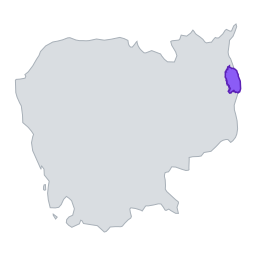 Ou Ya Dav, Rôtânôkiri, Cambodia (highlighted)
{"feature_id": "14789045B92198168751109", "entity_name": "Ou Ya Dav", "entity_type": "district", "adm_level": 2, "iso_a3": "KHM", "parent_name": "Cambodia", "parent_adm1": "Rôtânôkiri", "projection": "robinson", "projection_center": [107.357, 13.558], "detail": "fine", "context": "in_parent", "style": "filled", "palette": "violet", "viewbox_px": 256, "rotation_deg": 0, "n_neighbors": 0, "source": "geoboundaries", "source_scale": "gbopen_adm2", "svg_char_len": 5435}
<svg xmlns="http://www.w3.org/2000/svg" viewBox="0 0 256 256"><path d="M236.0,24.0L236.7,26.6L234.9,31.7L233.0,36.3L229.5,40.3L229.3,43.2L228.1,52.0L228.5,54.8L229.4,57.2L230.5,58.5L233.6,67.1L236.4,74.9L239.2,81.3L239.7,85.4L237.2,95.7L234.2,105.1L234.4,109.8L235.7,114.5L237.1,120.8L237.6,128.9L236.8,134.1L235.5,137.4L232.9,140.7L230.7,142.4L228.0,139.6L225.9,139.5L223.0,140.3L220.7,141.6L216.1,146.5L211.0,151.3L204.0,152.5L201.2,156.0L198.3,156.5L192.7,156.7L189.1,157.5L189.2,159.3L188.9,167.7L189.0,169.7L188.4,170.2L185.9,170.5L181.6,169.2L175.8,167.1L171.7,166.8L169.6,170.4L168.3,171.9L166.8,172.1L165.1,172.7L164.6,174.4L164.4,176.4L165.2,179.9L165.5,185.5L165.3,189.2L166.8,191.6L175.6,199.7L178.2,201.7L178.5,202.9L177.0,207.3L178.4,213.4L175.6,213.3L171.0,210.7L168.8,209.1L166.1,210.4L165.1,210.1L163.3,207.1L161.0,204.0L158.5,203.8L153.4,205.0L148.1,205.9L146.1,205.8L145.3,206.4L142.2,211.0L140.9,210.2L135.6,208.5L130.8,207.8L129.8,209.0L130.4,212.7L131.4,216.4L130.8,218.0L128.1,219.9L124.6,223.4L122.4,226.1L120.9,226.7L115.6,226.6L110.2,227.0L108.1,229.5L106.1,231.5L104.3,232.0L97.4,225.7L83.5,223.5L82.0,220.8L80.7,220.2L79.4,223.8L71.8,227.3L68.6,225.2L66.3,222.7L66.7,219.6L68.9,217.0L72.7,215.2L74.4,208.8L71.6,200.7L69.1,198.3L66.4,196.4L63.6,199.4L61.2,204.6L58.8,207.3L55.3,207.9L50.2,207.7L48.3,199.9L47.6,193.3L48.4,185.7L49.2,181.2L44.3,175.0L44.0,169.1L41.7,166.0L41.0,167.6L41.1,169.3L40.4,168.0L32.7,150.7L31.5,142.7L32.8,136.5L33.6,134.4L31.4,131.1L28.3,127.4L22.8,122.6L22.5,114.9L21.3,105.9L19.6,102.8L17.1,97.2L15.8,92.6L15.4,80.4L16.1,79.4L20.0,79.1L25.0,78.2L25.8,76.2L24.9,74.6L28.2,71.9L32.8,65.8L36.4,59.5L39.0,55.5L40.5,51.5L45.7,45.9L52.8,42.0L57.7,41.1L62.7,39.8L67.6,37.9L69.9,37.7L75.9,40.0L79.1,40.6L82.5,40.6L86.0,40.8L89.1,40.6L96.5,39.0L104.3,40.2L111.2,39.2L119.8,37.4L124.1,38.6L127.9,40.4L128.5,44.1L129.3,45.8L130.6,47.1L132.3,47.1L134.5,44.5L136.4,41.9L137.0,41.4L137.1,42.7L138.0,45.6L139.6,48.4L141.3,50.3L144.0,52.8L145.8,52.9L151.7,50.6L160.6,54.0L161.6,55.8L164.4,59.3L167.5,61.8L174.4,62.0L176.9,55.8L175.7,52.0L171.8,45.4L170.7,41.5L172.0,40.8L178.6,40.1L179.7,39.3L181.2,35.1L183.0,35.5L186.7,36.1L190.6,33.2L192.9,30.1L194.1,31.5L195.5,33.7L197.0,34.9L199.8,36.8L202.9,39.3L204.8,41.9L206.4,42.9L210.3,42.2L211.4,42.3L213.7,39.2L215.3,37.5L216.7,38.0L218.7,37.9L222.8,34.0L225.1,30.4L226.4,29.4L230.1,31.2L231.6,30.9L233.7,25.9L236.0,24.0ZM45.7,189.7L44.9,190.2L44.2,190.1L43.5,189.4L43.6,186.6L44.1,184.9L45.4,184.6L45.7,189.7ZM57.2,217.1L55.6,219.0L53.2,215.1L53.2,214.1L57.2,217.1Z" fill="#d9dde1" stroke="#a8b0b8" stroke-width="1"/><path d="M239.6,91.9L239.9,91.2L240.6,88.8L240.4,84.8L240.3,82.3L240.2,81.1L238.3,76.3L238.2,76.0L238.2,74.5L237.4,73.0L236.7,70.7L234.9,69.1L234.7,69.0L234.3,69.0L234.1,68.9L233.9,68.8L233.7,68.6L233.5,68.3L233.2,68.2L231.7,68.5L231.5,68.3L231.1,67.9L230.7,67.7L230.2,67.4L229.9,67.3L229.6,67.3L229.4,67.3L229.3,67.2L229.3,66.9L229.4,66.6L229.4,66.3L229.4,66.0L229.4,65.9L228.5,66.6L227.8,66.9L227.8,67.0L227.7,67.1L227.6,67.3L227.7,67.6L227.8,67.8L227.8,68.0L227.8,68.3L227.8,68.5L227.8,68.8L227.7,68.9L227.6,69.0L227.4,68.9L227.3,69.0L227.3,68.9L227.3,69.0L227.2,69.0L226.9,69.1L226.9,69.3L227.0,69.4L226.9,69.4L226.9,69.5L227.0,69.6L226.9,69.7L226.9,69.8L226.8,70.0L226.7,70.0L226.6,69.9L226.5,70.0L226.4,70.0L226.2,70.3L226.1,70.5L226.1,70.8L226.0,71.0L226.1,71.3L226.0,71.5L225.9,71.6L225.7,71.7L225.8,71.8L225.7,71.8L225.6,71.7L225.4,71.8L225.4,72.0L225.5,72.1L225.5,72.3L225.4,72.6L225.2,72.8L225.3,73.2L225.4,73.6L225.4,74.1L225.3,74.3L225.3,74.6L225.3,75.0L225.4,75.8L225.3,76.0L225.2,76.3L225.3,76.5L225.3,76.8L225.3,77.0L225.3,77.4L225.4,77.5L225.5,77.8L225.7,78.0L225.8,78.1L226.0,78.2L226.0,78.3L226.1,78.5L226.3,78.8L226.4,79.0L226.5,79.2L226.5,79.4L226.5,79.5L226.4,79.6L226.3,79.8L226.1,79.9L226.1,80.0L226.1,80.3L226.2,80.5L226.3,80.5L226.5,80.8L226.7,81.0L226.7,81.3L226.8,81.4L226.7,81.6L226.8,81.7L226.8,81.8L226.9,81.7L226.9,81.8L227.0,81.9L227.0,82.0L226.9,81.9L226.9,82.1L226.9,82.5L227.0,82.6L226.9,82.8L226.9,83.1L227.0,83.2L227.1,83.3L227.1,83.5L227.2,83.9L227.0,84.0L227.2,84.3L227.4,84.4L227.5,84.4L227.4,84.4L227.3,84.5L227.3,84.8L227.5,84.8L227.8,84.9L227.9,85.0L228.0,85.1L228.3,85.1L228.3,84.9L228.4,85.0L228.5,85.2L228.5,85.3L228.7,85.5L228.5,85.8L228.8,86.0L228.7,86.1L228.8,86.2L228.8,86.3L229.1,86.2L229.1,86.3L229.0,86.5L229.1,86.8L229.3,86.9L229.4,87.2L229.3,87.3L229.4,87.5L229.2,87.4L229.3,87.5L229.5,87.7L229.4,87.7L229.5,87.6L229.6,87.8L229.9,87.9L230.0,88.0L229.8,88.4L229.8,88.5L229.9,88.9L229.9,89.0L229.9,89.3L229.8,89.6L229.7,89.7L229.5,89.8L229.5,90.0L229.4,90.0L229.3,89.8L229.2,89.8L229.3,90.2L229.4,90.3L229.2,90.5L229.1,90.4L228.9,90.3L228.8,90.5L228.7,90.6L228.6,90.9L228.6,91.0L228.4,91.0L228.3,91.3L228.5,91.4L228.7,91.9L228.9,92.1L229.2,92.3L229.3,92.7L229.6,93.1L230.2,92.9L230.4,92.9L230.5,93.0L230.7,92.9L230.7,92.7L230.8,92.6L231.1,92.8L231.2,92.7L231.1,92.3L231.1,92.2L231.3,92.1L231.6,91.9L232.1,91.6L232.7,91.5L232.8,91.4L232.8,91.1L233.0,91.0L233.3,91.2L233.3,90.8L233.4,90.6L233.5,90.5L233.7,90.4L233.9,90.4L234.0,90.5L234.3,91.1L234.6,91.5L234.9,91.8L235.0,91.9L235.1,92.2L235.2,92.3L235.3,92.2L235.5,92.0L235.5,91.9L235.7,92.0L235.8,92.2L235.9,92.3L236.5,92.1L237.0,92.3L237.4,92.4L237.6,92.7L238.0,92.9L238.3,92.4L238.6,92.3L238.7,92.2L238.7,91.9L238.8,91.8L239.0,91.8L239.3,91.8L239.4,92.0L239.6,91.9Z" fill="#8b5cf6" stroke="#5b21b6" stroke-width="1.5"/></svg>